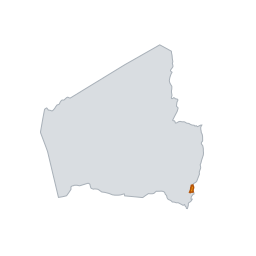 where Jijel sits in Algeria, rotated 110°
{"feature_id": "DZA-2165", "entity_name": "Jijel", "entity_type": "Province", "adm_level": 1, "iso_a3": "DZA", "parent_name": "Algeria", "parent_adm1": "", "projection": "albers", "projection_center": [5.919, 36.73], "detail": "fine", "context": "in_parent", "style": "filled", "palette": "amber", "viewbox_px": 256, "rotation_deg": 110, "n_neighbors": 0, "source": "natural_earth", "source_scale": "10m", "svg_char_len": 4327}
<svg xmlns="http://www.w3.org/2000/svg" viewBox="0 0 256 256"><g transform="rotate(110 128 128)"><path d="M183.4,44.6L183.5,45.1L183.6,45.6L182.9,46.0L182.4,46.3L181.9,47.5L180.8,48.4L180.7,48.6L180.7,48.9L181.4,49.2L181.6,49.6L181.8,50.0L181.5,51.7L181.1,54.8L181.1,55.4L181.4,56.2L181.7,56.8L181.8,57.5L181.8,59.2L182.1,60.2L182.4,61.1L181.8,62.2L181.5,63.2L181.4,64.7L181.4,65.6L181.0,66.4L180.4,67.2L179.8,67.7L179.1,68.1L178.2,68.7L177.6,70.2L176.1,71.4L175.8,71.9L175.6,72.9L175.7,74.2L176.0,75.3L176.7,76.9L177.4,78.7L177.6,79.5L177.9,79.9L178.8,80.4L180.4,81.2L180.7,81.5L181.5,82.7L182.3,84.9L182.6,86.3L185.4,88.4L188.2,90.3L188.4,90.6L190.1,97.2L190.7,99.5L192.9,107.9L192.1,108.4L191.2,109.0L191.9,110.1L193.3,111.9L194.1,113.4L194.4,114.1L195.1,115.9L195.7,117.7L195.8,118.3L196.1,119.7L196.0,123.5L196.5,128.3L197.1,130.7L196.5,132.9L195.9,135.1L196.0,136.1L196.4,137.7L196.8,138.9L197.3,139.5L197.3,141.6L197.1,142.3L195.7,143.4L194.0,144.5L193.6,145.3L193.5,146.2L193.8,147.0L198.8,153.6L199.0,154.3L199.2,156.3L200.1,158.7L201.0,159.7L201.4,160.5L202.0,161.0L202.6,161.4L203.0,161.4L205.2,160.6L208.9,161.5L212.5,162.5L212.8,162.7L215.1,166.2L217.0,169.6L177.5,195.6L173.0,199.4L162.4,208.5L161.6,208.9L147.4,211.4L140.0,212.6L139.7,212.7L139.3,212.7L138.9,212.7L138.3,212.4L137.6,211.8L137.1,211.6L137.0,211.1L137.3,210.6L137.7,210.1L137.8,209.7L138.1,209.4L138.4,209.1L138.4,208.8L138.2,208.2L138.0,207.4L138.0,206.0L138.0,205.3L137.4,204.7L136.1,204.1L135.0,203.7L134.4,203.5L133.1,203.3L131.4,202.8L130.7,202.6L129.6,201.2L129.1,200.8L126.4,200.5L125.5,200.2L124.8,199.9L124.2,199.4L123.9,198.6L123.8,198.0L123.6,197.7L120.7,196.2L120.0,195.6L119.6,195.1L119.7,194.5L119.8,193.6L119.7,192.9L119.6,192.5L71.7,154.3L69.2,152.3L63.7,147.6L39.0,126.6L40.9,114.2L41.0,113.6L41.2,113.4L42.1,113.0L43.6,112.2L44.1,111.8L44.8,111.4L47.2,110.3L47.8,110.0L50.1,108.7L50.7,108.5L51.8,108.5L52.4,108.3L53.1,107.7L54.1,107.1L54.8,106.8L55.0,106.8L55.4,106.8L57.3,107.3L58.1,107.6L59.1,107.8L59.4,107.8L59.7,107.6L60.1,107.1L60.3,106.5L60.4,106.0L60.5,105.7L61.1,105.7L61.7,105.9L62.8,106.0L63.2,106.0L64.6,106.0L66.5,105.9L69.3,105.4L70.7,104.6L71.7,103.7L72.9,102.3L73.8,101.1L75.4,100.5L76.8,100.1L77.6,100.0L79.3,99.5L82.3,97.8L84.6,97.7L84.9,97.6L85.3,97.3L85.4,96.6L85.0,96.2L84.6,95.9L84.3,95.6L83.9,95.5L83.8,95.2L83.9,94.7L84.0,94.2L84.3,93.7L84.3,93.0L84.1,92.3L84.0,91.8L84.1,91.3L84.3,90.9L84.8,90.7L85.3,90.6L86.1,90.8L87.4,90.8L91.0,89.9L91.2,89.5L91.5,88.7L91.8,88.0L92.2,87.8L92.4,87.7L95.2,87.5L95.8,87.5L100.9,88.2L105.2,88.7L105.6,88.5L105.7,88.0L105.4,87.0L105.7,86.3L106.3,85.8L107.1,85.2L106.8,84.4L106.3,83.8L105.4,83.1L105.0,82.8L104.3,82.0L103.9,81.1L103.7,79.2L103.2,78.1L102.9,76.8L103.4,74.5L103.0,73.0L102.9,72.4L103.0,71.7L103.3,70.5L103.3,68.7L102.8,66.8L103.1,66.2L103.3,65.9L103.3,65.6L102.7,65.0L102.5,64.5L102.7,64.1L103.0,63.5L103.0,63.2L102.1,62.3L100.6,60.9L100.2,60.3L100.0,59.6L101.6,59.9L102.4,59.9L104.3,59.2L105.9,58.2L107.1,57.7L108.2,56.5L109.1,55.8L110.5,55.0L114.4,53.5L115.0,53.5L116.2,54.0L117.3,53.9L118.1,53.3L119.0,51.8L120.2,51.0L121.8,50.1L124.0,49.3L125.4,48.6L127.6,48.0L133.1,47.8L135.9,47.5L137.9,47.6L139.8,46.4L140.8,46.0L145.0,46.0L146.9,45.1L154.4,45.2L155.3,45.5L156.2,46.1L157.7,47.3L158.4,47.6L159.4,47.3L161.7,46.2L164.3,45.6L165.7,44.8L166.3,43.8L167.5,43.4L168.2,44.2L170.9,45.0L172.5,44.7L173.2,44.5L172.9,43.3L174.7,43.6L176.0,44.2L177.4,45.3L178.3,45.5L180.0,44.9L183.4,44.6Z" fill="#d9dde1" stroke="#a8b0b8" stroke-width="1"/><path d="M159.5,47.4L159.8,47.4L159.9,47.2L160.2,47.1L160.4,47.0L160.5,46.7L160.7,46.4L160.9,46.3L161.2,46.2L161.3,46.2L161.6,45.9L161.8,45.9L162.0,45.8L162.5,46.0L162.8,45.9L164.1,45.7L165.3,45.2L165.6,45.0L165.7,44.9L165.9,45.0L165.9,45.4L165.9,45.5L166.1,45.5L166.3,45.6L166.4,45.8L166.4,46.1L166.5,46.3L166.5,46.5L167.0,47.1L167.4,47.3L167.5,47.5L167.3,47.8L167.3,48.2L166.3,48.1L166.2,48.0L166.2,47.9L165.9,48.0L165.7,48.0L165.3,48.2L165.1,48.2L164.8,48.1L164.4,48.1L164.1,48.0L163.8,48.0L163.6,48.2L163.4,48.2L163.4,48.3L163.2,48.5L162.8,48.6L162.6,48.6L162.3,48.5L162.2,48.4L161.8,48.5L161.3,48.7L161.2,48.7L160.9,48.5L160.7,48.6L160.5,48.8L160.4,48.8L160.2,48.8L160.2,48.7L160.0,48.4L160.0,48.2L159.8,48.1L159.7,48.0L159.5,47.9L159.5,47.7L159.5,47.4Z" fill="#f59e0b" stroke="#b45309" stroke-width="1.5"/></g></svg>